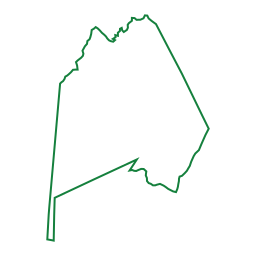 Pio XII, Maranhão, Brazil
{"feature_id": "56859067B76670913428567", "entity_name": "Pio XII", "entity_type": "district", "adm_level": 2, "iso_a3": "BRA", "parent_name": "Brazil", "parent_adm1": "Maranhão", "projection": "robinson", "projection_center": [-45.091, -3.872], "detail": "fine", "context": "isolated", "style": "outline", "palette": "green", "viewbox_px": 256, "rotation_deg": 0, "n_neighbors": 0, "source": "geoboundaries", "source_scale": "gbopen_adm2", "svg_char_len": 1450}
<svg xmlns="http://www.w3.org/2000/svg" viewBox="0 0 256 256"><path d="M156.0,24.1L154.2,22.8L151.6,20.9L148.6,18.4L147.3,15.6L144.9,15.4L143.5,18.3L140.4,19.7L136.5,19.8L134.6,18.1L131.9,17.9L131.9,20.8L128.8,23.2L127.7,24.8L127.9,27.7L126.9,29.9L123.8,32.0L122.2,30.3L121.7,27.9L120.0,28.8L119.9,31.0L117.9,32.7L117.9,35.8L115.3,35.1L115.5,37.3L112.9,38.9L115.0,40.1L113.2,41.7L110.6,41.1L109.0,40.3L107.3,38.5L106.0,36.5L104.3,34.8L101.9,32.8L99.8,30.4L97.7,28.4L95.7,27.1L93.9,28.7L91.7,30.0L91.2,33.9L90.3,37.3L89.5,39.3L87.4,41.0L87.0,43.9L84.9,46.3L82.5,50.7L83.4,53.7L82.9,55.8L81.2,57.7L79.4,59.1L77.6,60.5L76.0,62.1L77.1,65.5L77.6,69.6L75.4,69.6L73.0,69.8L71.0,72.2L68.6,74.4L67.0,75.7L65.3,76.6L64.5,79.0L63.0,81.2L61.5,82.2L60.1,83.6L49.2,208.2L48.7,214.5L47.3,239.4L51.8,240.2L53.7,240.6L54.2,214.5L54.7,197.8L94.8,179.0L136.8,159.5L129.6,170.5L132.2,170.0L134.1,170.8L136.2,171.0L138.4,170.0L141.2,168.9L143.7,169.0L146.3,171.4L146.0,173.5L145.8,175.5L146.9,178.0L147.0,181.0L148.7,183.1L150.8,183.8L152.9,185.3L155.3,185.3L156.9,184.7L160.0,183.9L163.6,185.6L165.7,187.0L168.2,188.9L173.1,191.4L176.0,192.1L177.3,189.0L177.9,186.8L178.3,184.1L178.9,181.1L179.0,178.7L179.6,176.6L182.0,175.8L184.8,173.1L186.9,170.8L188.2,168.5L189.8,165.9L191.2,161.7L193.7,156.1L195.3,153.5L196.9,152.0L198.9,150.1L201.5,143.9L205.5,134.9L208.7,128.7L202.3,115.7L181.9,73.7L169.0,49.1L156.0,24.1Z" fill="none" stroke="#15803d" stroke-width="2"/></svg>